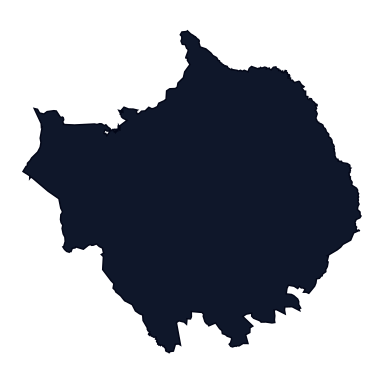 Pivijay, Magdalena, Colombia
{"feature_id": "7082276B47489948463492", "entity_name": "Pivijay", "entity_type": "district", "adm_level": 2, "iso_a3": "COL", "parent_name": "Colombia", "parent_adm1": "Magdalena", "projection": "albers", "projection_center": [-74.384, 10.44], "detail": "fine", "context": "isolated", "style": "filled", "palette": "ink", "viewbox_px": 384, "rotation_deg": 0, "n_neighbors": 0, "source": "geoboundaries", "source_scale": "gbopen_adm2", "svg_char_len": 5952}
<svg xmlns="http://www.w3.org/2000/svg" viewBox="0 0 384 384"><path d="M169.3,353.2L169.6,351.6L173.4,351.1L175.4,344.2L178.7,344.0L180.5,345.1L176.4,322.6L178.9,320.8L184.2,322.1L186.5,324.2L187.0,318.7L190.5,318.9L191.4,316.8L191.3,311.5L202.0,312.4L203.7,314.3L203.2,316.2L204.9,321.6L206.6,323.8L207.7,324.0L208.8,325.8L215.6,322.9L219.7,328.7L221.9,330.5L222.4,333.6L225.5,334.7L227.2,336.2L231.4,337.6L231.6,339.3L230.5,342.9L229.2,344.2L230.7,346.3L232.5,346.9L235.4,346.0L236.1,346.3L237.3,345.7L239.0,345.9L243.1,343.4L248.0,343.5L245.6,334.8L249.8,332.5L250.0,327.8L252.8,326.1L242.8,316.5L246.3,314.1L251.7,313.1L251.7,316.2L253.6,318.2L259.8,320.7L261.1,322.1L265.9,322.0L271.9,322.9L274.8,322.5L274.4,320.0L274.8,315.8L274.1,309.9L276.5,309.6L285.2,314.0L284.5,310.0L284.8,306.9L292.1,306.7L299.7,310.6L299.1,308.6L300.6,308.1L298.6,304.4L298.7,301.5L297.7,299.1L293.8,295.7L291.5,294.5L286.2,293.9L286.9,288.5L288.4,285.2L294.1,286.2L297.7,288.5L299.5,286.2L301.2,287.9L303.1,287.9L305.2,289.3L303.5,292.2L306.3,292.2L308.8,293.3L314.6,286.2L315.9,283.0L316.5,278.8L319.4,278.3L321.2,276.0L322.2,275.8L322.5,274.1L325.8,271.7L325.7,269.6L327.3,266.6L328.1,262.0L327.0,261.8L328.4,256.1L327.3,255.7L337.1,249.9L340.7,247.1L342.8,244.4L350.7,240.1L353.7,232.9L358.9,230.6L359.8,231.0L358.7,230.0L357.4,230.4L356.3,230.0L356.1,227.9L356.6,227.1L355.3,225.7L355.4,223.5L354.8,222.7L356.2,219.5L359.9,217.8L361.0,216.0L360.1,214.9L360.0,212.0L357.4,209.5L357.8,206.6L359.0,204.1L357.9,201.7L358.4,200.2L358.0,198.1L358.6,197.0L358.0,195.4L358.6,193.7L357.5,192.1L357.6,190.1L356.5,188.2L351.7,185.1L352.1,182.1L350.2,179.3L350.4,178.1L349.7,177.5L350.3,176.8L349.3,175.9L349.0,173.1L349.9,172.6L349.5,172.0L350.4,170.9L350.0,169.1L350.8,168.2L350.1,168.1L349.8,166.6L349.3,166.4L349.9,166.0L349.7,165.1L347.3,163.5L342.1,162.7L341.5,161.3L339.3,161.4L338.6,160.7L338.1,160.8L338.0,159.3L336.3,159.0L334.9,155.9L334.9,153.0L333.9,150.1L334.4,149.8L334.2,148.7L333.6,148.5L334.2,146.7L333.6,145.0L331.6,142.6L332.2,142.2L331.8,139.9L330.5,138.0L328.6,136.7L328.7,134.1L326.3,131.7L325.9,130.0L325.1,128.5L323.7,127.6L322.8,125.0L320.8,123.7L318.9,123.2L318.7,122.2L317.9,122.2L317.3,121.5L315.8,118.1L317.2,113.8L316.1,111.1L315.2,110.4L316.6,108.5L315.4,105.7L317.1,105.7L317.0,104.5L315.0,103.6L314.5,102.5L312.3,101.0L311.4,98.8L309.8,98.5L309.0,99.6L307.7,98.9L307.8,96.6L306.1,96.4L305.6,95.5L305.6,91.2L304.2,91.1L301.8,87.9L302.1,86.8L303.6,87.2L304.1,86.7L301.4,84.7L299.5,81.6L298.8,81.3L294.4,82.6L292.4,80.2L291.2,80.4L290.5,79.8L290.5,78.1L288.2,78.2L288.1,76.3L288.7,76.0L289.6,76.7L289.6,75.4L289.2,74.7L287.5,74.3L287.2,72.5L285.9,72.2L286.3,70.8L285.2,70.5L284.0,72.8L283.3,72.9L282.7,71.1L281.5,72.2L280.5,70.4L278.7,70.5L278.9,69.3L276.4,68.3L275.9,66.9L273.4,67.3L271.1,69.9L269.7,69.2L269.3,68.1L266.4,68.9L266.6,67.7L264.7,67.1L261.7,68.2L260.6,67.4L259.5,68.5L258.9,68.2L258.0,68.8L251.5,66.5L249.3,68.4L248.0,71.8L244.2,70.3L242.2,71.3L240.6,70.3L238.2,71.1L237.3,70.4L232.1,69.6L231.8,69.1L231.5,69.6L230.2,69.3L227.8,67.7L227.2,66.4L225.2,65.8L224.5,66.1L223.7,64.9L222.0,64.2L221.8,63.4L220.1,62.5L219.4,60.8L218.2,60.5L216.6,57.6L212.8,55.5L211.0,53.1L205.9,48.9L200.2,47.0L198.9,42.6L199.3,40.9L198.5,39.5L197.4,39.0L195.3,36.7L194.1,36.8L194.0,35.9L190.6,33.9L187.4,30.8L186.6,31.5L181.9,32.0L180.3,34.8L181.8,36.4L181.8,39.1L181.0,41.0L182.3,44.3L185.3,44.6L186.6,48.2L188.1,49.5L188.1,51.2L185.8,57.4L185.9,58.0L187.6,58.2L187.4,60.4L190.0,64.5L184.7,71.8L183.4,77.7L178.0,83.0L177.3,87.0L175.5,88.5L169.7,88.8L166.6,90.9L166.1,99.2L164.1,100.8L158.8,103.2L157.4,106.6L154.0,108.3L151.8,108.8L148.8,107.3L145.2,110.9L141.5,111.2L139.5,113.2L137.8,114.0L136.8,113.4L136.6,111.8L136.6,110.6L137.4,110.1L133.1,109.1L128.6,109.0L124.0,107.2L120.8,110.9L118.8,110.4L119.8,112.2L121.1,112.2L122.2,110.7L122.8,110.8L122.9,112.2L122.2,111.9L120.1,114.0L121.0,114.8L121.5,116.8L123.0,118.2L127.1,120.3L120.0,125.7L119.9,130.1L119.5,130.0L119.8,127.6L118.6,125.5L118.6,127.6L119.6,127.6L119.0,128.2L118.2,127.2L118.2,128.9L118.6,129.2L118.8,128.8L119.5,128.4L118.7,129.5L117.4,129.7L117.6,131.1L116.4,131.3L116.3,130.3L116.6,129.6L117.7,129.1L115.7,129.4L116.1,131.9L115.6,132.5L115.4,131.7L115.8,131.1L114.8,130.9L114.2,131.8L113.4,130.2L114.0,129.4L115.3,129.2L112.9,129.6L113.2,129.0L112.5,129.9L111.0,130.1L112.5,130.6L110.6,130.5L106.9,135.7L105.7,133.4L104.4,133.7L103.8,133.0L104.7,130.5L105.4,129.8L106.9,131.0L108.3,131.1L110.2,129.2L110.1,128.6L107.9,127.1L105.9,124.8L104.2,125.6L101.7,123.9L99.8,123.7L97.0,124.5L94.5,124.0L74.6,125.0L63.5,124.5L63.7,123.8L62.6,122.0L63.7,119.8L63.3,117.8L62.6,117.1L61.2,117.4L60.2,117.0L56.3,111.0L53.9,110.7L47.1,111.6L43.9,114.0L39.6,113.0L37.5,109.3L34.2,108.5L41.2,123.5L41.4,127.4L42.2,127.0L40.2,138.2L41.0,142.5L40.2,147.2L37.7,152.0L31.6,158.0L30.1,160.6L27.5,163.2L27.3,165.5L26.2,166.9L25.9,166.7L23.0,171.5L29.8,175.8L29.7,178.4L30.3,177.6L31.7,177.3L48.1,191.2L58.9,198.7L60.8,208.2L62.4,211.3L62.0,213.2L60.9,214.5L60.5,219.5L61.1,222.5L62.8,225.1L62.1,228.4L63.2,233.9L64.9,237.1L65.2,241.5L63.7,246.6L62.9,246.9L64.6,249.5L66.7,251.4L69.2,252.2L69.4,251.6L71.0,251.6L72.3,248.3L75.1,247.9L75.8,246.9L83.4,249.2L88.4,245.2L90.3,244.5L91.6,245.3L93.2,245.2L96.5,243.9L99.3,246.5L102.5,248.1L103.3,252.1L103.9,253.0L101.3,254.5L103.4,256.6L102.7,269.6L111.1,280.7L113.9,283.6L113.1,288.2L115.3,290.4L115.7,291.8L120.6,295.7L124.6,300.7L132.2,304.6L135.4,310.9L139.6,313.8L142.7,315.0L143.1,320.6L147.5,328.1L147.2,329.0L148.1,330.9L149.8,331.8L148.5,334.2L149.4,335.2L150.0,334.2L150.5,334.9L150.5,334.5L151.4,335.8L153.8,337.2L155.8,337.0L156.1,338.2L155.5,339.0L157.2,340.2L156.6,341.6L157.8,342.9L157.7,344.1L158.8,344.3L158.9,345.1L160.1,345.0L160.5,345.5L160.9,345.0L162.3,345.2L163.0,346.3L164.0,345.8L164.3,347.3L165.4,347.9L165.4,348.9L166.1,349.4L165.7,350.4L166.1,351.2L169.1,352.4L169.3,353.2Z" fill="#0f172a" stroke="#020617" stroke-width="1.5"/></svg>